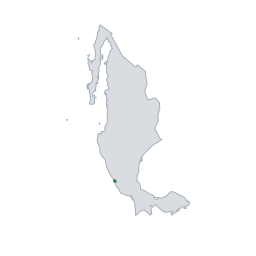 Cuajinicuilapa, Guerrero, Mexico shown in context, rotated 41°
{"feature_id": "50627088B12095165689012", "entity_name": "Cuajinicuilapa", "entity_type": "district", "adm_level": 2, "iso_a3": "MEX", "parent_name": "Mexico", "parent_adm1": "Guerrero", "projection": "mercator", "projection_center": [-98.579, 16.455], "detail": "fine", "context": "in_parent", "style": "filled", "palette": "green", "viewbox_px": 256, "rotation_deg": 41, "n_neighbors": 0, "source": "geoboundaries", "source_scale": "gbopen_adm2", "svg_char_len": 4116}
<svg xmlns="http://www.w3.org/2000/svg" viewBox="0 0 256 256"><g transform="rotate(41 128 128)"><path d="M39.3,68.5L54.0,67.2L53.3,68.7L76.4,77.2L93.7,77.2L93.7,74.0L104.4,74.0L106.3,76.3L113.8,82.5L115.6,87.6L116.9,89.6L123.9,93.6L126.1,92.1L127.8,88.3L129.9,87.5L135.0,88.2L139.1,92.3L141.9,98.3L146.7,103.6L147.0,107.0L149.2,111.2L159.7,115.1L161.1,114.5L157.9,125.1L156.9,137.5L157.4,140.2L160.1,143.8L159.5,145.7L159.7,143.7L157.4,140.7L158.1,143.5L160.9,149.3L165.3,154.8L166.3,158.2L169.5,161.7L168.6,161.6L170.4,162.4L169.8,161.9L173.1,162.4L175.4,163.6L177.5,165.8L183.0,164.1L187.1,163.8L189.8,162.5L192.7,162.3L193.2,162.8L193.0,163.5L195.3,163.9L196.9,162.8L196.5,161.1L195.7,161.5L195.9,161.1L200.2,158.2L200.5,155.7L201.7,154.3L201.7,150.3L202.5,147.4L205.8,145.7L211.5,144.7L214.0,143.7L216.8,143.5L221.4,144.5L221.8,143.9L220.6,143.8L222.2,143.4L224.0,144.7L224.4,146.5L223.4,148.8L220.4,152.5L220.3,154.9L218.8,156.3L219.0,156.9L220.4,156.7L218.9,158.2L219.0,158.8L219.9,158.6L218.1,164.6L217.6,165.1L216.6,163.7L216.4,161.5L215.1,163.8L213.7,164.0L212.0,167.1L210.0,167.0L209.8,168.0L198.7,168.0L198.6,171.6L196.1,171.6L202.1,177.1L202.0,179.1L194.1,179.2L191.2,184.2L192.0,185.5L191.1,188.8L185.4,183.1L180.8,179.3L178.0,177.8L177.7,178.2L180.3,179.5L176.3,178.3L176.5,177.4L175.5,177.8L174.8,177.0L174.1,177.8L175.4,178.3L173.4,178.5L171.4,179.8L165.0,181.8L160.9,180.2L157.4,179.8L155.1,178.3L152.8,177.7L151.3,176.2L145.6,175.0L138.6,172.0L134.0,169.1L132.0,167.1L127.3,166.5L122.8,164.8L119.9,161.5L113.6,158.4L110.3,154.1L109.2,151.5L111.7,150.2L111.3,149.1L110.1,148.7L111.8,146.7L112.0,144.2L110.6,143.4L109.3,141.0L109.3,138.8L108.4,136.8L104.7,133.0L101.5,128.5L96.4,124.5L97.9,125.3L98.0,124.4L95.3,123.5L93.3,120.4L94.7,120.5L90.7,118.4L90.2,117.3L88.7,117.7L88.5,117.2L89.6,116.0L87.7,117.0L86.5,116.1L86.3,114.0L87.7,112.1L88.2,112.5L87.2,110.6L85.9,109.4L84.3,109.4L83.1,106.9L81.1,106.3L79.9,105.2L79.0,102.9L79.6,101.5L76.0,100.8L69.6,93.5L69.2,91.7L68.3,91.2L64.2,82.0L63.8,79.2L64.2,78.2L60.7,77.1L59.9,75.5L58.7,75.0L57.5,75.9L52.7,73.1L53.6,74.9L53.0,78.4L54.1,81.2L55.1,86.4L59.9,91.0L61.5,94.1L62.2,94.0L62.6,94.9L63.3,95.0L63.9,97.0L65.3,97.6L66.1,101.7L68.6,103.8L69.4,106.1L70.6,106.9L71.4,109.6L72.4,110.3L71.8,108.2L73.2,109.4L74.9,115.6L76.5,117.4L78.6,121.9L78.3,123.7L78.8,125.4L80.5,127.0L81.2,125.4L86.3,131.1L85.9,133.2L83.9,134.8L82.8,135.0L80.6,130.3L72.5,123.9L71.8,124.0L70.2,122.0L69.8,120.7L70.3,117.7L69.5,114.8L68.3,112.8L64.4,110.2L63.6,107.8L62.8,108.8L60.9,109.3L59.4,107.6L55.7,105.9L55.1,104.4L52.4,102.3L52.1,101.6L54.9,102.0L56.6,101.4L56.6,102.1L58.0,102.8L57.4,101.1L56.8,101.0L58.1,97.6L52.7,91.1L48.2,88.3L47.4,86.9L47.3,84.5L46.2,83.7L45.8,80.9L44.4,79.7L44.2,78.1L42.2,75.5L41.8,74.3L42.4,73.4L41.1,72.4L39.3,68.5ZM69.4,93.6L68.9,95.2L67.5,94.7L68.0,92.2L68.9,91.9L69.4,93.6ZM63.6,93.2L61.5,91.4L60.9,89.6L62.0,90.2L62.2,91.2L63.3,91.5L63.6,93.2ZM223.3,152.0L222.8,151.5L223.1,150.8L224.4,150.2L223.3,152.0ZM70.3,124.0L68.8,122.4L69.6,119.0L69.4,122.0L70.3,124.0ZM51.3,100.1L50.2,99.8L50.9,98.0L51.4,99.3L51.3,100.1ZM32.6,94.0L31.6,92.8L31.8,92.3L32.1,92.3L32.6,94.0ZM71.5,124.1L72.4,125.3L70.5,124.1L71.5,124.1ZM104.1,143.5L103.9,144.0L103.5,143.8L103.3,142.9L104.1,143.5ZM79.2,120.7L79.5,121.7L78.5,120.4L79.2,120.7ZM75.6,113.9L76.1,114.4L75.3,115.3L75.6,113.9ZM77.2,162.1L76.8,162.2L76.3,161.8L76.8,161.3L77.2,162.1ZM194.6,162.3L193.6,162.5L195.3,162.0L194.6,162.3ZM84.0,126.4L83.5,126.3L83.5,125.4L84.0,126.4Z" fill="#d9dde1" stroke="#a8b0b8" stroke-width="1"/><path d="M152.1,176.2L152.0,176.3L151.9,176.3L151.7,176.4L151.5,176.5L151.8,176.8L152.0,177.0L152.3,177.3L152.5,177.4L152.5,177.5L152.4,177.5L152.5,177.5L152.6,177.4L152.6,177.5L152.6,177.4L152.8,177.3L153.0,177.3L153.0,177.2L153.3,177.2L153.5,177.2L153.8,176.8L153.8,176.7L153.7,176.6L153.8,176.5L153.7,176.5L153.7,176.4L153.5,176.2L153.3,176.0L153.3,175.9L153.3,176.0L153.2,176.0L153.1,175.9L152.9,175.9L153.0,175.9L152.9,175.9L152.9,176.0L152.7,176.0L152.5,176.3L152.4,176.3L152.2,176.4L152.1,176.2L152.1,176.2Z" fill="#22c55e" stroke="#15803d" stroke-width="1.5"/></g></svg>